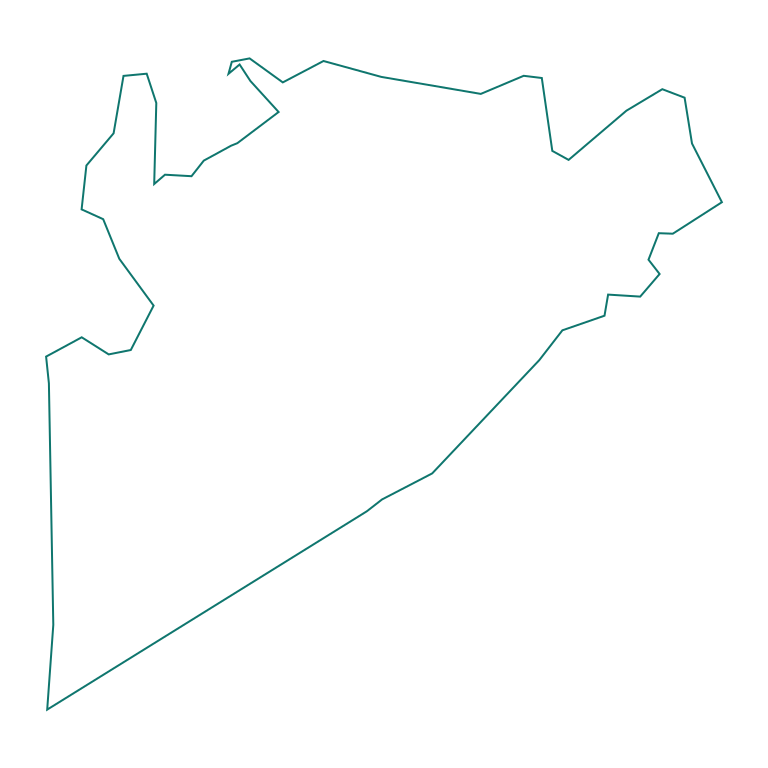 Prince George, Virginia, United States of America (Mercator projection)
{"feature_id": "52423323B90517976526133", "entity_name": "Prince George", "entity_type": "district", "adm_level": 2, "iso_a3": "USA", "parent_name": "United States of America", "parent_adm1": "Virginia", "projection": "mercator", "projection_center": [-77.216, 37.157], "detail": "fine", "context": "isolated", "style": "outline", "palette": "teal", "viewbox_px": 768, "rotation_deg": 0, "n_neighbors": 0, "source": "geoboundaries", "source_scale": "gbopen_adm2", "svg_char_len": 752}
<svg xmlns="http://www.w3.org/2000/svg" viewBox="0 0 768 768"><path d="M46.1,356.6L48.9,383.4L53.3,624.9L47.2,709.6L366.8,511.3L382.1,499.4L432.2,473.4L539.3,360.1L562.4,330.3L604.5,315.7L608.1,294.6L640.2,296.6L659.6,274.0L648.5,259.7L658.8,233.2L672.8,233.7L721.9,202.2L692.0,143.5L684.6,97.7L662.3,89.2L626.4,110.7L568.6,159.9L552.3,150.9L541.8,78.0L523.7,75.8L480.8,93.9L381.3,76.9L323.5,61.0L282.8,82.4L249.6,58.4L231.8,61.8L228.5,73.8L239.6,64.5L250.4,81.0L278.6,112.0L237.3,143.2L231.1,145.7L203.8,160.6L191.5,176.2L165.0,174.7L154.2,184.0L156.3,103.0L146.7,73.7L123.5,75.9L113.6,133.3L86.4,165.5L81.6,209.4L103.2,219.2L119.3,258.8L153.6,305.6L130.8,350.0L108.7,354.4L81.7,337.3L46.1,356.6Z" fill="none" stroke="#0f766e" stroke-width="2"/></svg>